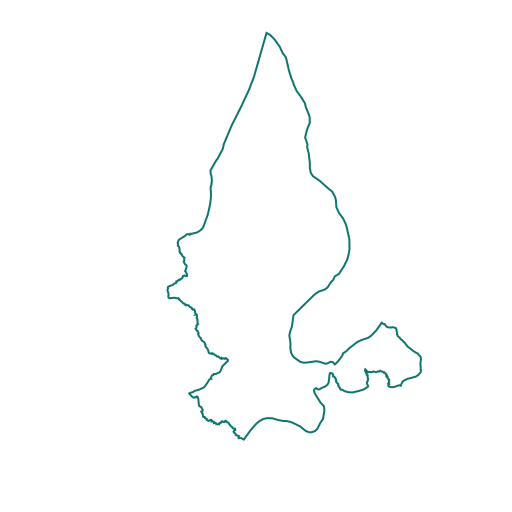 outline of Khong Chiam, Ubon Ratchathani, Thailand, rotated 329°
{"feature_id": "78962969B36497134874209", "entity_name": "Khong Chiam", "entity_type": "district", "adm_level": 2, "iso_a3": "THA", "parent_name": "Thailand", "parent_adm1": "Ubon Ratchathani", "projection": "orthographic", "projection_center": [105.428, 15.463], "detail": "fine", "context": "isolated", "style": "outline", "palette": "teal", "viewbox_px": 512, "rotation_deg": 329, "n_neighbors": 0, "source": "geoboundaries", "source_scale": "gbopen_adm2", "svg_char_len": 6161}
<svg xmlns="http://www.w3.org/2000/svg" viewBox="0 0 512 512"><g transform="rotate(329 256 256)"><path d="M313.3,441.8L313.9,441.1L317.3,439.0L322.0,439.2L330.8,441.7L333.7,441.6L337.1,440.5L337.9,439.8L341.6,432.7L344.2,429.5L345.2,427.1L344.6,424.8L344.5,423.0L343.4,421.4L341.8,418.3L340.4,414.1L339.6,412.7L339.0,409.3L338.8,406.5L338.2,405.3L338.1,404.0L337.2,401.7L337.1,400.2L336.4,398.1L336.4,395.8L337.7,393.9L337.8,392.6L338.6,391.5L338.7,389.7L336.7,387.6L333.9,386.3L332.3,385.0L331.3,383.1L331.2,380.5L330.1,379.8L329.4,377.9L320.8,381.7L313.8,383.6L310.0,383.9L303.0,382.3L298.4,381.9L287.8,383.2L283.9,384.2L280.5,384.2L278.8,385.7L274.4,387.7L268.5,389.5L267.7,389.5L267.3,386.9L266.1,385.5L265.6,385.1L261.1,384.7L259.7,383.7L256.1,379.5L253.4,377.2L243.5,373.0L240.8,371.0L239.4,369.4L236.5,362.9L236.0,360.2L236.3,356.9L237.9,352.7L240.0,349.6L241.5,346.6L243.5,341.5L245.9,338.8L250.6,334.8L256.9,326.9L258.1,325.9L286.6,319.1L291.3,318.8L297.6,320.1L299.9,320.0L301.4,319.7L306.9,317.0L309.8,316.3L313.0,314.1L318.0,314.0L326.2,310.0L332.3,306.1L336.9,301.6L339.6,298.4L344.6,289.8L348.5,278.3L349.4,274.5L350.0,268.7L349.3,262.3L350.0,255.6L353.3,249.2L353.7,247.7L354.2,246.0L354.5,240.6L354.2,238.9L353.0,236.2L349.3,224.3L345.9,216.9L345.8,212.9L347.4,208.5L350.0,204.1L354.0,195.3L355.8,189.2L357.6,186.8L359.1,179.8L363.1,175.6L366.3,172.8L370.9,169.4L371.1,168.6L373.1,165.4L374.0,162.9L375.5,153.5L376.6,150.5L376.5,142.4L375.8,135.8L376.7,128.0L377.2,126.7L377.8,122.0L379.7,114.2L383.9,101.4L383.4,95.5L384.1,88.9L383.5,80.4L382.0,73.8L379.9,70.2L346.6,101.3L335.5,110.0L319.8,120.6L302.5,131.5L286.2,143.4L282.6,147.1L273.2,152.8L270.7,153.8L261.2,159.1L259.7,161.6L259.1,164.3L257.0,168.7L256.2,169.9L255.4,170.4L255.2,171.3L253.0,173.2L251.9,174.7L249.1,180.2L246.0,184.6L243.1,188.2L235.9,195.8L225.2,204.4L223.1,205.1L220.3,205.5L217.4,205.4L212.2,203.8L210.5,203.6L210.7,203.2L209.8,203.2L208.6,202.0L207.6,201.7L206.1,202.2L198.9,202.3L197.7,202.7L195.6,204.3L195.2,205.9L194.3,206.9L194.8,208.6L193.7,211.5L193.0,212.2L192.9,213.4L192.5,213.8L192.8,215.5L193.2,215.7L192.9,218.0L193.8,220.6L193.3,220.9L192.2,223.0L191.1,223.6L191.3,224.3L190.9,225.3L190.9,226.1L191.6,228.4L191.2,229.3L187.4,232.6L187.7,233.4L187.3,236.6L186.4,237.6L184.8,236.4L184.6,235.8L183.8,235.6L182.9,235.6L182.5,236.3L180.5,237.2L179.5,236.8L178.2,237.2L178.0,236.8L177.4,236.6L176.9,236.9L175.4,236.9L175.2,237.2L174.5,236.8L173.8,237.8L173.1,238.0L172.0,237.6L169.6,237.9L165.9,237.2L164.4,237.3L164.0,238.3L162.6,239.5L161.3,244.0L160.2,245.2L159.6,246.4L159.7,247.1L160.3,247.8L164.5,249.7L166.6,251.7L167.8,252.2L167.6,253.5L168.1,253.8L168.1,254.6L169.4,259.5L170.2,260.1L170.2,261.5L170.7,261.6L170.7,262.3L171.5,262.4L172.0,263.1L172.8,263.5L173.0,265.5L174.2,267.1L173.8,268.0L174.2,268.4L174.1,269.3L175.6,270.0L175.2,270.8L175.3,272.0L174.6,273.3L174.5,275.0L174.2,275.1L174.9,275.3L174.9,276.3L174.1,277.7L173.1,278.6L173.2,280.2L172.6,280.7L172.5,281.5L171.1,283.8L171.2,284.6L169.1,284.9L168.1,286.7L166.7,287.3L167.0,288.5L166.7,289.2L167.4,290.5L167.2,291.0L167.3,291.4L166.9,292.2L167.0,292.8L166.1,293.3L165.8,295.0L166.1,297.7L166.4,297.9L166.0,299.6L166.2,301.4L167.1,302.6L167.3,303.4L167.1,304.9L166.8,305.5L167.0,306.1L166.0,307.6L166.6,310.4L166.3,313.0L165.6,314.7L166.2,315.7L167.7,316.6L167.8,317.2L168.5,316.9L168.9,317.4L168.8,318.1L169.6,318.8L170.0,320.2L170.8,321.0L170.7,321.9L171.4,322.7L172.1,322.8L172.7,325.5L173.4,326.1L174.0,325.8L174.0,326.6L174.9,326.5L176.1,327.9L176.9,327.7L177.2,328.3L177.7,328.2L178.4,330.6L177.9,331.4L170.3,333.2L166.4,336.3L164.8,336.9L160.8,336.4L158.8,335.4L157.9,336.0L156.4,335.8L154.9,336.9L154.4,338.3L153.8,338.0L152.2,337.9L148.7,339.8L144.0,341.8L138.0,341.2L134.5,340.1L131.8,340.2L130.0,339.6L128.0,339.4L128.6,343.1L129.4,345.2L130.7,345.8L131.0,345.6L132.2,346.4L132.9,345.9L133.4,346.6L133.1,348.5L130.2,354.5L130.1,355.7L131.2,357.1L131.1,360.4L130.4,361.3L129.0,361.1L128.8,362.6L129.2,363.4L127.9,366.5L128.3,367.1L129.1,367.6L128.8,368.5L128.9,369.1L129.9,370.3L129.3,371.2L130.4,373.0L132.5,373.0L133.4,373.5L133.4,373.8L133.9,373.7L133.4,373.9L133.3,374.6L133.6,375.1L133.0,375.2L134.5,376.3L134.6,376.9L134.1,377.5L134.7,377.6L135.1,378.2L135.5,378.4L135.1,380.1L135.5,379.6L136.1,380.5L137.5,380.6L137.8,381.2L138.9,380.3L139.8,380.9L140.7,380.7L141.3,380.0L141.9,380.3L142.9,381.9L144.9,381.4L145.3,381.7L145.4,382.3L145.1,383.2L146.1,384.0L146.6,384.9L146.4,386.8L146.8,387.6L146.7,388.6L147.4,390.2L147.4,391.9L149.1,393.2L148.5,394.6L147.2,394.5L146.3,395.0L146.2,395.8L147.0,397.8L146.4,399.0L148.6,401.5L147.8,401.9L147.3,403.2L149.5,404.4L151.0,407.1L160.8,402.9L168.1,400.4L171.5,399.6L174.0,399.3L178.4,399.5L182.2,400.8L186.4,403.5L190.5,408.0L194.6,411.6L197.3,413.3L199.6,415.5L201.6,417.9L206.1,424.9L208.5,431.5L210.4,434.0L211.5,435.0L213.1,435.8L216.8,436.5L220.0,435.5L225.5,432.0L229.5,430.2L235.0,423.7L236.4,420.9L236.8,419.4L235.8,414.9L235.6,406.2L235.7,403.3L236.6,400.8L238.1,400.2L239.5,400.2L240.5,402.3L241.7,403.0L244.5,402.9L248.0,403.5L250.8,403.2L253.1,401.9L258.1,395.4L258.9,394.6L259.5,394.5L261.0,396.2L260.6,397.5L260.9,398.0L260.1,398.8L261.2,400.8L260.9,401.5L261.2,402.7L260.5,403.3L260.6,404.5L260.0,404.8L259.8,405.7L260.6,408.2L259.9,408.9L260.1,409.6L259.5,410.7L260.0,411.8L259.6,413.8L260.1,414.5L261.0,414.9L262.3,417.5L264.9,420.2L268.5,422.7L275.5,424.9L279.7,425.9L284.9,425.7L285.7,421.7L286.3,421.1L287.3,420.8L288.9,419.0L288.9,417.9L290.3,415.9L290.3,415.4L289.7,414.9L290.2,413.2L290.2,411.5L290.6,410.0L291.3,409.4L291.6,410.3L291.3,410.8L291.9,411.7L291.9,413.3L293.1,413.4L294.8,414.8L296.1,415.5L297.0,415.3L299.1,417.5L301.1,417.7L302.2,418.5L302.8,418.2L303.4,418.3L304.0,419.6L305.2,420.6L305.3,421.7L306.1,421.8L306.2,422.9L306.6,423.5L306.4,424.2L306.8,424.7L306.7,425.6L306.1,425.5L305.7,426.3L305.9,426.8L306.4,426.5L306.7,427.1L305.9,428.4L306.4,430.8L305.7,431.0L305.6,431.9L304.7,432.6L304.8,433.3L304.3,433.3L304.1,433.7L303.7,433.6L303.8,434.7L302.8,434.8L302.6,435.6L302.9,436.8L304.9,438.5L306.4,439.3L312.1,440.5L313.3,441.8Z" fill="none" stroke="#0f766e" stroke-width="2"/></g></svg>